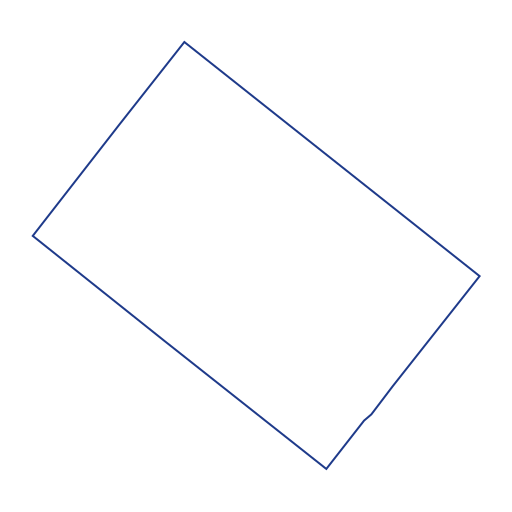 Elk, Kansas, United States of America, rotated 38°
{"feature_id": "52423323B41715625130012", "entity_name": "Elk", "entity_type": "district", "adm_level": 2, "iso_a3": "USA", "parent_name": "United States of America", "parent_adm1": "Kansas", "projection": "robinson", "projection_center": [-96.163, 37.453], "detail": "fine", "context": "isolated", "style": "outline", "palette": "blue", "viewbox_px": 512, "rotation_deg": 38, "n_neighbors": 0, "source": "geoboundaries", "source_scale": "gbopen_adm2", "svg_char_len": 282}
<svg xmlns="http://www.w3.org/2000/svg" viewBox="0 0 512 512"><g transform="rotate(38 256 256)"><path d="M442.5,380.5L442.5,319.1L444.4,309.8L443.9,274.5L444.6,134.2L67.8,131.5L67.4,237.2L67.7,377.6L236.6,379.3L442.5,380.5Z" fill="none" stroke="#1e3a8a" stroke-width="2"/></g></svg>